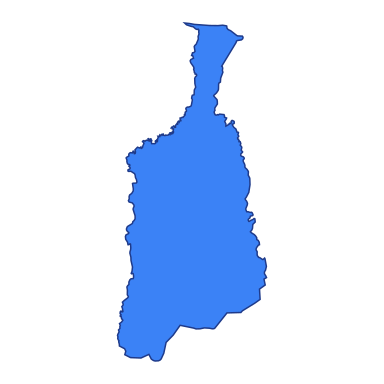 outline of La Masica, Atlántida, Honduras
{"feature_id": "27666195B29134923600773", "entity_name": "La Masica", "entity_type": "district", "adm_level": 2, "iso_a3": "HND", "parent_name": "Honduras", "parent_adm1": "Atlántida", "projection": "natural_earth1", "projection_center": [-87.15, 15.604], "detail": "fine", "context": "isolated", "style": "filled", "palette": "blue", "viewbox_px": 384, "rotation_deg": 0, "n_neighbors": 0, "source": "geoboundaries", "source_scale": "gbopen_adm2", "svg_char_len": 6051}
<svg xmlns="http://www.w3.org/2000/svg" viewBox="0 0 384 384"><path d="M124.8,354.7L130.5,357.6L141.0,358.0L148.9,354.4L151.3,359.1L153.4,360.5L155.1,361.0L158.5,360.8L160.2,360.0L161.2,358.9L163.8,353.2L166.1,342.4L173.2,335.1L180.1,325.3L193.7,328.1L196.0,328.9L200.0,328.8L204.4,327.9L209.4,328.2L212.3,328.8L213.9,328.7L214.8,328.2L227.0,312.9L240.9,312.5L242.4,310.8L254.9,303.1L260.1,299.4L259.5,289.1L265.2,285.0L264.0,279.1L266.5,277.6L265.8,275.9L264.6,274.0L264.4,273.2L264.5,271.8L265.5,270.2L266.4,266.4L265.0,258.8L264.6,258.1L263.1,259.5L262.6,259.5L259.7,257.6L258.5,257.4L258.3,256.8L257.3,255.6L257.1,253.8L257.2,251.8L256.1,249.8L256.1,249.1L256.5,247.8L258.3,245.2L259.5,244.7L259.2,242.2L258.2,240.4L256.8,239.6L256.7,237.6L255.5,235.8L254.3,234.6L251.3,232.7L250.4,231.8L251.9,229.9L252.5,228.3L252.8,224.4L255.2,222.0L254.9,218.9L254.1,218.5L253.1,219.4L250.5,220.5L249.4,221.4L248.8,221.4L248.2,220.1L248.3,219.3L249.9,217.9L250.4,216.1L252.6,215.6L253.0,215.1L253.0,214.6L252.1,212.7L251.6,212.3L249.9,212.4L248.4,211.8L246.7,211.7L245.8,209.5L245.8,208.6L247.3,204.9L247.5,203.3L246.7,201.3L245.4,199.7L245.2,198.7L246.3,197.2L248.8,192.4L250.0,184.7L249.8,178.7L249.7,178.0L248.2,175.1L248.4,171.9L248.2,171.2L247.0,169.4L245.3,167.8L244.8,166.9L245.0,166.0L244.6,164.2L243.3,161.6L243.1,160.1L244.2,158.7L244.2,158.0L243.4,156.9L241.3,156.1L240.7,155.3L240.9,153.8L242.4,152.4L242.6,151.9L241.2,150.2L241.8,147.6L241.6,146.8L240.2,145.1L240.8,143.7L240.4,142.2L240.1,141.6L239.0,141.6L239.2,140.7L238.6,140.0L238.5,139.2L237.7,139.0L237.6,137.7L238.7,136.5L238.6,135.7L237.9,134.8L238.5,132.6L238.3,132.3L237.0,132.1L235.9,129.0L233.8,127.3L232.4,125.0L232.6,124.2L233.8,123.7L234.3,123.1L234.1,121.4L232.6,120.5L231.9,120.5L231.1,121.4L231.2,122.4L230.9,123.5L229.8,123.2L229.2,124.2L228.5,124.2L227.9,125.1L225.9,126.1L225.9,123.9L224.7,121.4L226.4,118.8L226.6,118.0L224.5,117.2L224.4,115.4L224.0,114.6L219.6,114.1L218.3,114.9L217.5,114.6L216.8,115.0L216.0,115.1L215.1,114.7L214.2,112.6L214.3,111.5L215.0,110.3L214.8,109.5L214.8,108.0L217.4,104.0L217.3,101.1L217.0,99.6L213.8,96.1L213.7,95.5L216.5,92.9L218.1,90.5L218.5,89.2L218.6,84.1L219.0,83.0L220.4,82.1L220.7,78.1L222.9,72.2L222.4,70.5L222.7,68.2L222.3,66.6L221.7,66.2L236.1,42.5L236.5,41.0L237.6,40.5L241.4,39.9L242.6,38.9L243.0,37.9L243.0,37.1L242.3,36.1L237.7,35.9L236.8,35.5L230.6,30.7L228.2,29.6L227.0,28.2L226.7,26.0L226.2,25.8L222.7,25.2L218.0,25.6L209.5,25.5L194.5,24.4L189.5,23.5L184.6,23.0L186.5,24.8L191.2,26.4L193.3,26.8L195.6,28.9L196.8,29.4L198.2,29.2L198.3,29.8L198.9,30.1L198.7,32.2L199.0,33.9L198.1,36.4L198.3,39.1L196.2,44.2L194.8,45.5L194.2,46.6L195.0,51.4L193.8,52.6L192.5,52.8L191.6,55.5L192.7,55.7L193.5,58.2L190.9,59.5L190.2,60.7L190.3,61.5L190.8,62.8L193.6,66.9L194.0,68.3L193.6,69.1L194.2,71.1L194.4,72.6L194.9,72.9L195.1,74.1L196.3,74.2L196.7,75.1L196.4,75.9L195.4,76.9L194.7,78.4L194.9,83.6L195.7,87.2L194.3,90.0L194.1,94.7L192.3,95.3L192.0,96.0L191.6,98.2L192.3,99.5L192.3,100.4L191.3,105.4L190.7,106.3L188.5,107.1L187.2,107.1L185.9,108.2L185.9,109.1L186.4,110.0L186.4,111.3L185.2,112.2L185.2,113.8L184.6,114.3L185.1,114.6L185.1,114.9L183.0,117.4L182.2,117.2L181.6,117.8L180.1,118.0L180.1,119.5L180.8,120.2L180.9,120.7L179.6,121.0L179.2,122.0L178.7,121.1L178.4,121.2L177.6,122.3L177.8,123.7L177.6,124.3L177.2,124.2L177.0,123.5L175.5,125.4L175.5,127.3L174.7,127.5L174.5,127.2L174.9,126.4L173.5,126.0L172.8,126.9L171.6,127.2L171.2,128.0L172.2,128.0L172.3,128.9L173.2,128.8L173.5,129.3L173.1,130.9L173.6,132.0L172.7,133.6L172.4,133.5L172.4,132.4L172.2,132.2L171.6,133.7L170.9,132.8L170.0,132.8L170.2,134.2L170.0,134.7L169.1,134.1L168.1,135.1L166.7,135.3L165.8,135.0L165.0,135.6L163.7,135.3L163.3,134.3L162.7,135.0L162.3,134.2L161.8,134.3L160.9,135.6L159.9,134.8L159.4,135.7L159.6,136.5L157.9,136.3L158.4,137.5L157.7,138.2L157.7,139.2L156.9,139.7L157.5,140.4L157.5,141.2L157.0,141.8L156.0,140.7L155.5,140.8L155.3,141.5L155.7,143.0L154.9,143.7L151.6,143.6L151.3,142.2L151.8,140.4L151.1,139.7L151.1,139.0L150.8,138.8L150.3,139.0L150.3,140.7L150.0,141.1L149.0,140.9L149.0,140.3L149.4,139.4L148.3,138.6L148.0,138.8L148.3,140.0L148.0,140.4L146.4,140.2L144.9,141.2L143.9,140.6L143.1,140.8L142.5,141.7L143.5,142.4L143.9,143.5L142.9,145.8L142.5,147.6L141.3,148.4L141.1,148.2L140.9,147.0L139.7,148.0L137.5,147.2L135.0,149.8L135.5,151.9L135.2,153.4L134.7,153.7L134.2,153.6L133.7,151.3L133.2,151.1L132.3,152.9L130.5,152.6L129.6,153.1L128.8,154.1L128.8,156.0L126.6,157.3L126.2,157.7L126.2,158.3L126.9,159.9L126.9,161.7L127.4,163.5L128.2,164.4L129.6,164.6L129.8,165.2L129.8,165.5L128.9,166.2L130.1,167.6L130.1,168.5L129.6,169.1L128.1,169.7L127.9,170.9L128.5,171.4L130.9,171.3L134.5,173.6L135.1,174.9L135.5,177.7L136.4,179.4L136.9,181.8L136.7,182.6L136.0,183.1L133.1,183.2L132.5,183.5L133.3,188.8L133.2,191.0L131.7,193.4L129.6,195.0L129.1,196.6L129.2,198.9L128.4,200.7L129.1,202.0L132.3,202.9L133.9,205.0L134.1,206.2L133.2,208.4L133.1,209.4L135.1,215.8L135.1,218.8L134.1,220.5L132.8,221.7L132.6,222.9L132.1,223.7L127.8,226.3L127.2,226.9L126.5,228.7L126.5,229.9L127.5,231.6L128.7,232.4L128.8,233.0L128.3,233.7L126.0,234.9L125.4,236.5L125.7,239.3L127.5,242.1L128.0,244.7L128.6,244.7L130.0,243.8L130.5,244.1L130.8,247.9L130.6,249.8L130.0,251.7L129.9,253.2L130.9,257.2L131.0,260.5L132.5,267.0L132.0,271.4L131.2,273.4L131.6,273.8L132.8,273.4L133.2,273.7L133.6,276.0L133.5,277.7L133.2,278.6L131.0,278.8L129.9,279.8L128.9,282.0L128.9,284.5L127.7,285.6L126.9,287.0L127.4,290.0L127.3,294.8L128.3,296.4L128.3,297.0L127.5,298.0L124.3,300.4L122.4,302.2L123.0,303.6L123.2,304.8L121.8,306.7L122.4,308.1L122.9,311.5L122.7,311.8L122.1,311.9L121.0,311.0L120.3,311.7L120.4,312.5L120.0,313.0L120.3,313.8L121.1,314.9L120.3,315.4L120.3,316.4L121.2,316.6L121.6,318.9L122.4,319.4L122.8,320.3L121.5,322.1L119.5,323.6L120.3,325.4L119.9,326.3L119.9,328.5L118.5,330.0L119.1,331.8L117.8,334.4L117.5,335.6L118.0,336.9L117.7,338.2L118.2,339.8L118.9,340.6L118.7,341.8L119.3,344.1L119.4,346.0L124.6,348.7L125.8,351.2L124.8,354.7Z" fill="#3b82f6" stroke="#1e3a8a" stroke-width="1.5"/></svg>